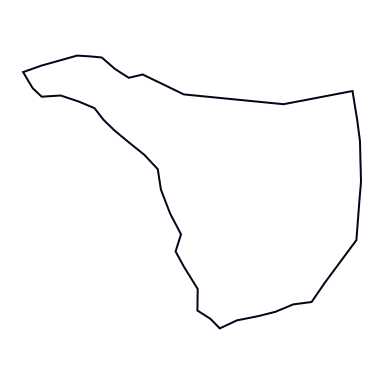 La Pendé, Logone Oriental, Chad (orthographic projection)
{"feature_id": "50815135B99305267844407", "entity_name": "La Pendé", "entity_type": "district", "adm_level": 2, "iso_a3": "TCD", "parent_name": "Chad", "parent_adm1": "Logone Oriental", "projection": "orthographic", "projection_center": [16.766, 8.864], "detail": "fine", "context": "isolated", "style": "outline", "palette": "ink", "viewbox_px": 384, "rotation_deg": 0, "n_neighbors": 0, "source": "geoboundaries", "source_scale": "gbopen_adm2", "svg_char_len": 764}
<svg xmlns="http://www.w3.org/2000/svg" viewBox="0 0 384 384"><path d="M33.1,88.6L41.7,96.7L60.7,95.5L78.9,101.6L94.5,108.2L103.6,119.9L114.5,130.5L130.1,143.4L144.3,154.8L157.8,169.2L160.9,189.6L170.2,213.7L181.0,234.3L175.6,251.5L183.9,266.7L197.7,289.0L197.4,310.5L210.5,318.9L219.8,328.4L236.8,320.4L257.9,316.2L275.4,311.8L293.2,304.4L311.6,302.0L324.9,282.6L356.4,240.1L359.4,200.8L361.0,182.0L360.6,165.2L360.5,164.4L360.5,163.1L360.0,141.5L357.1,119.3L352.5,91.0L304.1,100.3L296.5,101.7L294.5,102.1L283.5,104.2L222.4,98.2L183.8,94.4L156.8,81.3L156.3,81.1L156.1,81.0L142.7,74.5L128.8,77.8L119.5,71.9L115.0,69.0L101.8,57.5L90.3,56.4L77.1,55.6L41.7,65.5L23.1,72.1L27.1,78.8L28.0,80.4L32.0,87.0L33.1,88.6Z" fill="none" stroke="#020617" stroke-width="2"/></svg>